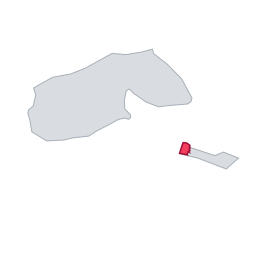 North Gaza, Gaza Strip, Palestine (highlighted), rotated 247°
{"feature_id": "87354302B69236118899353", "entity_name": "North Gaza", "entity_type": "district", "adm_level": 2, "iso_a3": "PSE", "parent_name": "Palestine", "parent_adm1": "Gaza Strip", "projection": "natural_earth1", "projection_center": [34.487, 31.548], "detail": "fine", "context": "in_parent", "style": "filled", "palette": "rose", "viewbox_px": 256, "rotation_deg": 247, "n_neighbors": 0, "source": "geoboundaries", "source_scale": "gbopen_adm2", "svg_char_len": 2536}
<svg xmlns="http://www.w3.org/2000/svg" viewBox="0 0 256 256"><g transform="rotate(247 128 128)"><path d="M201.8,56.8L204.2,78.2L200.1,96.5L199.8,112.6L202.9,142.4L196.3,155.0L192.6,170.0L191.0,181.2L186.3,180.7L171.7,188.9L152.2,196.6L130.7,198.6L127.7,196.3L126.8,192.4L133.0,173.5L135.5,164.5L144.7,154.9L157.9,146.6L163.5,144.5L162.8,140.9L155.0,135.4L146.8,132.5L139.0,135.4L136.5,134.5L135.7,132.1L138.4,128.7L139.7,122.3L138.5,111.7L137.6,98.7L135.9,88.7L140.7,72.4L141.9,64.6L147.9,48.0L162.1,38.0L174.4,40.9L180.8,41.6L183.5,43.6L185.3,49.3L194.4,56.0L201.8,56.8ZM82.9,166.9L88.1,172.8L88.2,174.9L68.7,197.1L68.5,206.5L57.1,218.0L53.4,206.6L51.8,202.5L72.9,180.6L82.9,166.9Z" fill="#d9dde1" stroke="#a8b0b8" stroke-width="1"/><path d="M87.6,178.2L87.8,178.2L88.1,178.1L88.3,178.0L88.4,177.9L88.6,177.8L88.7,177.7L88.8,177.5L89.0,177.4L89.3,177.3L89.5,177.2L89.8,177.0L90.1,176.9L90.3,176.8L90.5,176.7L90.8,176.4L91.0,176.2L91.3,176.1L91.5,175.9L91.5,175.7L91.4,175.6L91.5,175.4L91.7,175.2L91.8,175.1L92.0,174.9L92.0,174.7L92.3,174.3L92.5,174.2L92.8,173.8L92.8,173.7L92.8,173.4L92.9,173.2L92.9,172.9L92.8,172.7L92.6,172.5L92.5,172.4L92.4,172.3L92.2,172.2L91.8,171.9L91.7,171.9L91.6,171.7L91.3,171.5L91.3,171.4L91.2,171.3L91.1,171.2L90.8,170.9L90.6,170.7L90.4,170.6L90.1,170.4L89.8,170.1L89.5,169.9L89.3,169.6L89.0,169.4L88.7,169.2L88.4,168.9L88.1,168.6L87.9,168.4L87.6,168.2L87.2,167.8L86.9,167.6L86.6,167.3L86.4,167.2L86.2,167.0L86.0,166.8L85.8,166.6L85.4,166.3L85.1,166.1L84.9,165.8L84.7,165.7L84.4,165.5L84.1,166.1L84.0,166.3L83.9,166.4L83.9,166.5L83.6,166.9L83.5,167.1L83.4,167.2L83.3,167.3L83.2,167.5L83.0,167.8L82.9,168.0L82.7,168.2L82.7,168.3L82.4,168.8L82.2,169.1L81.9,169.6L81.8,169.8L81.7,169.9L81.5,170.2L81.4,170.3L81.3,170.5L81.2,170.6L81.1,170.9L80.9,171.2L80.8,171.3L80.7,171.4L80.6,171.5L80.4,171.8L80.3,172.0L80.2,172.1L80.4,172.1L80.5,172.2L80.6,172.3L80.9,172.5L81.0,172.6L81.2,172.8L81.4,172.9L81.5,173.1L81.8,173.4L82.1,173.6L82.4,173.9L82.5,174.0L82.8,174.2L82.8,174.3L82.8,174.5L82.7,174.6L82.4,174.7L82.2,174.8L81.9,175.0L82.0,175.0L82.3,175.2L82.4,175.3L82.5,175.3L82.6,175.5L82.8,175.5L83.0,175.6L83.2,175.8L83.2,176.0L83.3,176.2L83.5,176.1L83.8,176.2L84.0,176.0L84.1,175.9L84.2,176.0L84.3,176.1L84.5,176.3L84.7,176.5L84.8,176.6L85.1,176.9L85.2,177.0L85.3,177.2L85.5,177.0L85.6,176.8L85.6,176.7L85.8,176.7L85.9,176.8L86.0,176.8L86.2,177.0L86.3,177.0L86.5,177.2L86.5,177.3L86.7,177.5L86.9,177.6L87.1,177.7L87.3,177.9L87.5,178.1L87.6,178.2Z" fill="#f43f5e" stroke="#9f1239" stroke-width="1.5"/></g></svg>